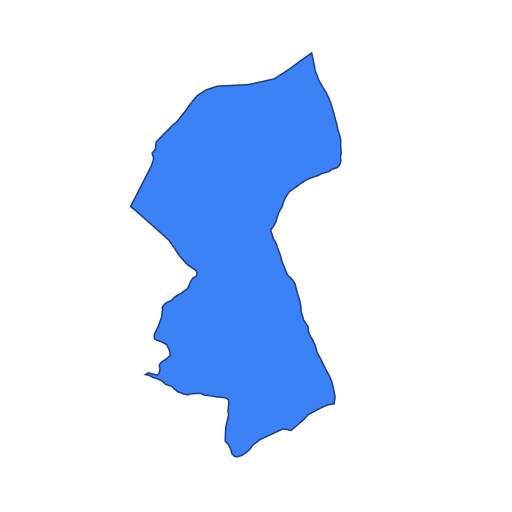 Etsako East, Edo, Nigeria (Albers equal-area conic projection), rotated 237°
{"feature_id": "59680162B2904770846082", "entity_name": "Etsako East", "entity_type": "district", "adm_level": 2, "iso_a3": "NGA", "parent_name": "Nigeria", "parent_adm1": "Edo", "projection": "albers", "projection_center": [6.475, 7.187], "detail": "fine", "context": "isolated", "style": "filled", "palette": "blue", "viewbox_px": 512, "rotation_deg": 237, "n_neighbors": 0, "source": "geoboundaries", "source_scale": "gbopen_adm2", "svg_char_len": 2782}
<svg xmlns="http://www.w3.org/2000/svg" viewBox="0 0 512 512"><g transform="rotate(237 256 256)"><path d="M422.5,303.0L422.5,293.6L419.4,284.2L416.3,276.4L413.5,268.1L411.6,262.3L411.0,256.9L406.1,234.6L403.9,232.7L400.4,229.8L398.8,224.8L395.1,223.9L392.7,222.5L388.6,217.4L371.2,187.2L365.8,177.7L361.9,179.1L339.9,185.3L316.4,191.6L306.8,191.9L300.3,191.9L298.0,191.9L293.0,192.7L287.6,193.5L284.7,194.3L276.7,197.7L274.2,197.6L271.8,195.5L271.8,190.8L270.2,187.4L268.6,184.8L266.9,182.7L265.7,179.2L265.8,175.4L265.4,172.8L265.8,170.3L265.9,165.6L265.3,162.9L264.7,160.1L265.2,158.4L265.6,156.2L265.6,153.7L264.0,149.4L261.9,148.5L260.3,146.8L257.8,145.1L255.6,142.8L252.1,138.2L249.6,134.8L248.4,132.6L246.4,129.2L244.5,127.0L241.9,125.8L239.3,127.0L236.8,129.1L233.4,131.2L230.1,132.9L224.3,132.0L221.4,131.1L219.3,129.9L218.5,124.3L218.6,120.0L218.2,117.5L217.0,115.3L212.8,113.6L210.4,110.6L209.6,108.5L216.7,102.1L216.8,98.7L214.1,101.4L210.1,103.4L208.8,104.8L206.2,106.8L202.9,108.9L197.6,110.3L195.0,112.4L192.4,114.4L189.1,115.1L187.1,115.8L184.5,116.5L181.9,118.6L179.9,119.9L176.6,123.3L176.0,126.0L173.4,130.8L170.8,134.9L167.5,136.9L163.6,141.7L159.0,146.5L157.7,148.5L156.3,149.9L153.7,153.3L150.4,154.6L147.8,153.3L145.2,151.3L141.2,148.0L137.9,146.6L135.9,144.6L132.0,140.6L128.7,137.3L124.1,133.9L117.5,129.3L114.2,130.0L110.3,130.0L107.0,129.4L103.7,128.1L102.4,128.3L99.7,128.8L97.8,130.8L96.5,135.5L96.5,140.3L97.2,145.0L99.1,150.4L99.2,151.6L99.8,159.8L96.3,184.6L90.6,190.5L93.0,207.9L94.5,213.3L93.4,226.7L92.1,234.9L89.5,241.0L94.8,245.6L101.4,248.3L108.6,250.9L112.0,251.6L113.2,251.8L114.0,252.0L115.2,252.2L123.1,252.8L128.4,253.4L133.6,254.1L142.2,254.7L147.4,256.6L154.7,257.9L158.0,257.9L163.2,258.5L168.5,261.2L176.4,261.1L178.7,261.8L185.0,263.7L189.6,266.4L194.8,268.4L199.4,269.7L204.1,271.0L211.3,273.6L216.6,273.6L223.1,272.1L229.7,273.4L233.0,274.0L236.9,274.7L242.9,276.7L244.3,277.1L251.4,278.6L256.0,279.9L260.6,279.9L265.3,281.2L269.9,282.5L271.2,286.5L273.8,291.2L277.8,295.9L280.4,299.3L282.5,303.5L283.1,304.7L286.4,308.7L286.5,308.9L286.8,309.3L287.7,310.6L289.0,312.7L291.7,318.8L292.4,332.9L292.4,336.3L292.4,339.3L292.4,341.0L291.1,346.5L289.8,351.2L289.2,356.6L287.6,361.5L287.2,362.7L287.2,365.1L287.2,367.4L285.9,372.2L286.6,375.5L289.3,378.9L293.2,380.9L295.8,383.5L298.5,384.9L303.1,387.5L307.1,390.2L310.4,391.5L317.6,393.5L319.5,394.3L322.2,395.4L326.8,396.8L332.1,398.7L334.7,399.4L340.7,401.3L346.6,402.6L350.5,403.3L355.1,403.9L360.4,403.9L369.0,404.4L374.3,405.6L374.9,405.7L378.8,406.4L382.3,407.9L385.2,409.1L396.0,413.3L395.5,399.7L395.4,397.6L394.6,386.7L394.6,367.9L399.3,355.1L403.9,342.9L418.7,317.4L419.4,316.3L421.9,306.8L422.5,304.5L422.5,303.0Z" fill="#3b82f6" stroke="#1e3a8a" stroke-width="1.5"/></g></svg>